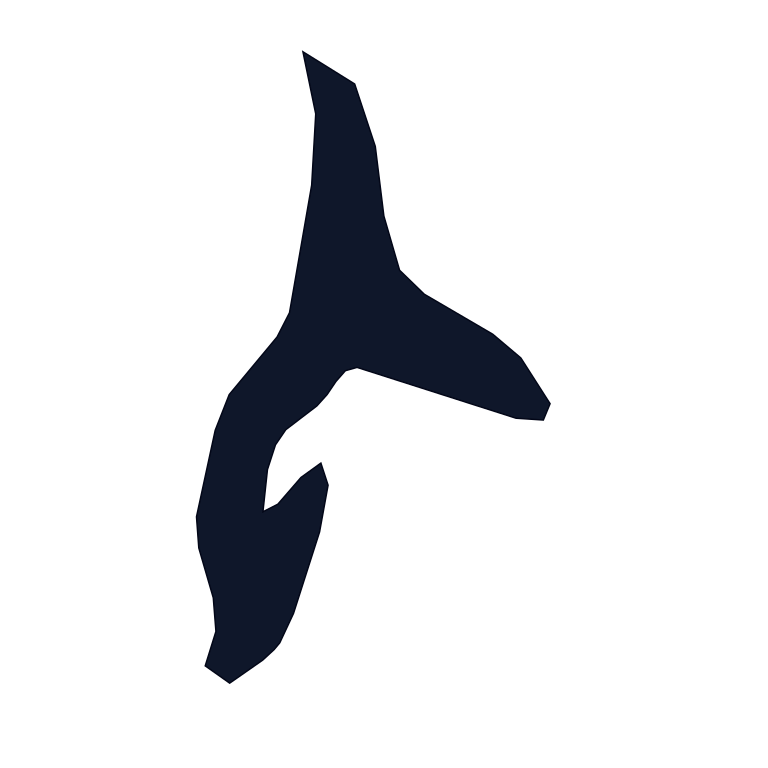 SVG path tracing the border of South Eleuthera, rotated 188°
{"feature_id": "BHS-5029", "entity_name": "South Eleuthera", "entity_type": "District", "adm_level": 1, "iso_a3": "BHS", "parent_name": "The Bahamas", "parent_adm1": "", "projection": "albers", "projection_center": [-76.202, 24.817], "detail": "fine", "context": "isolated", "style": "filled", "palette": "ink", "viewbox_px": 768, "rotation_deg": 188, "n_neighbors": 0, "source": "natural_earth", "source_scale": "10m", "svg_char_len": 671}
<svg xmlns="http://www.w3.org/2000/svg" viewBox="0 0 768 768"><g transform="rotate(188 384 384)"><path d="M521.8,80.0L516.0,115.6L523.3,148.5L544.6,195.9L551.2,226.4L544.7,314.7L535.8,352.0L496.4,415.7L487.5,441.4L483.3,570.9L489.2,642.0L510.5,701.7L454.8,677.0L425.7,618.1L407.5,550.3L384.4,498.8L356.6,478.5L283.2,448.4L252.1,428.8L216.8,387.6L221.2,370.5L248.5,368.5L413.0,396.7L424.1,391.8L431.9,379.9L438.9,365.6L447.4,353.0L474.9,325.1L483.0,308.7L487.5,283.1L486.1,240.6L472.4,250.2L453.2,279.9L435.5,296.9L425.3,276.0L427.2,228.6L441.7,144.2L451.2,113.2L455.8,105.8L465.6,93.8L495.2,66.3L521.8,80.0Z" fill="#0f172a" stroke="#020617" stroke-width="1.5"/></g></svg>